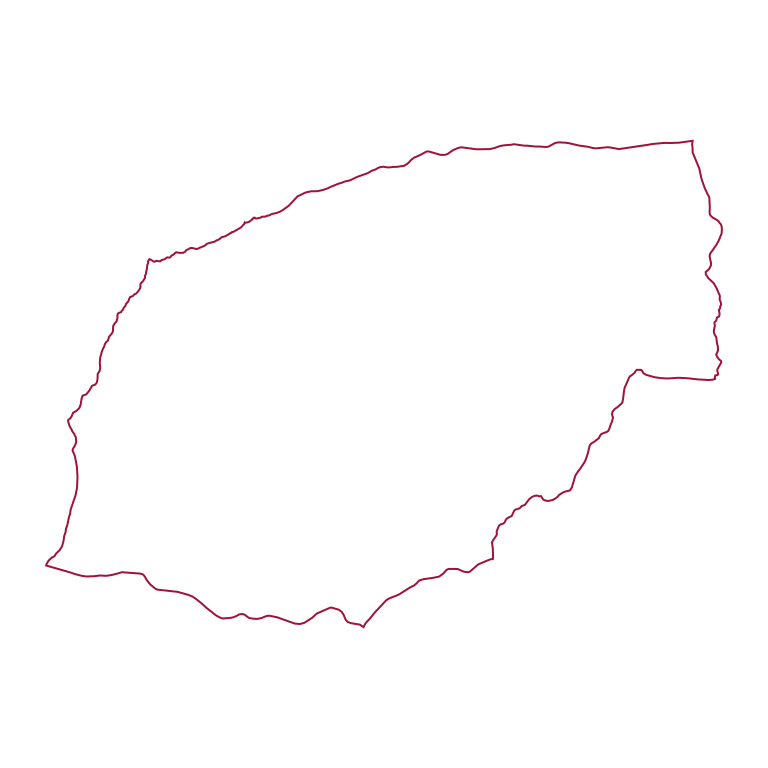 the district of Maubara, Liquica, East Timor
{"feature_id": "22284137B70669575760565", "entity_name": "Maubara", "entity_type": "district", "adm_level": 2, "iso_a3": "TLS", "parent_name": "East Timor", "parent_adm1": "Liquica", "projection": "orthographic", "projection_center": [125.161, -8.678], "detail": "fine", "context": "isolated", "style": "outline", "palette": "rose", "viewbox_px": 768, "rotation_deg": 0, "n_neighbors": 0, "source": "geoboundaries", "source_scale": "gbopen_adm2", "svg_char_len": 6036}
<svg xmlns="http://www.w3.org/2000/svg" viewBox="0 0 768 768"><path d="M363.5,627.2L364.7,624.6L366.2,622.5L370.0,618.5L374.6,612.7L386.2,600.3L389.0,598.5L398.8,594.6L409.8,587.6L414.2,585.4L416.3,583.6L419.4,580.4L423.4,579.2L432.8,577.9L439.1,576.6L443.1,573.7L446.6,569.8L448.7,568.9L457.7,569.0L463.2,571.5L465.8,572.0L468.4,572.2L470.0,571.5L478.4,564.3L486.6,560.8L490.9,559.2L492.8,559.1L493.1,556.8L492.8,548.6L492.0,542.7L492.6,541.0L496.6,535.2L496.9,533.5L496.6,531.9L497.8,528.4L499.2,525.4L500.2,524.6L502.8,523.7L504.0,523.0L505.1,521.7L505.5,520.4L506.5,518.9L508.2,517.7L511.7,516.0L514.2,510.7L515.4,509.6L519.6,508.3L521.6,506.1L524.9,504.9L528.9,499.5L532.0,496.9L534.6,495.9L536.6,495.5L539.8,496.4L541.0,496.1L543.2,499.5L544.9,500.4L547.5,501.0L549.6,500.7L552.8,499.9L555.7,498.3L558.0,496.4L559.0,495.0L562.8,492.6L565.6,491.4L568.1,491.0L570.1,490.2L571.9,487.4L575.3,475.7L578.3,471.0L580.0,469.0L584.2,462.7L585.7,459.7L587.8,453.5L589.4,446.6L590.1,444.9L591.4,443.4L594.0,441.9L598.9,438.1L600.2,435.5L601.2,434.2L603.0,433.3L606.6,432.0L608.1,431.1L609.4,428.6L610.9,424.0L612.2,421.0L613.0,417.5L612.2,415.2L612.1,413.7L612.6,411.5L614.7,409.0L617.0,407.5L621.7,403.4L622.4,402.3L623.1,398.7L624.0,391.0L624.5,388.1L628.9,378.1L629.8,376.5L632.2,374.8L635.0,372.4L635.8,370.7L637.0,369.8L641.3,369.9L642.2,370.9L643.5,373.3L646.3,374.9L654.5,377.2L660.8,378.1L667.4,378.5L678.2,377.8L681.1,377.9L687.2,378.2L697.9,379.4L708.6,380.0L712.8,379.7L715.2,378.8L714.8,377.4L715.3,375.4L717.5,375.1L718.2,373.9L717.4,371.4L717.3,369.5L721.3,362.3L721.0,360.9L718.8,359.2L718.2,358.1L717.4,357.2L716.2,354.6L717.9,350.8L718.0,347.3L716.9,342.8L716.3,337.4L714.2,333.6L713.8,331.3L714.3,328.1L714.9,326.0L714.4,323.1L714.7,322.1L716.3,320.5L716.9,317.6L718.6,316.8L719.3,316.0L719.6,313.6L718.8,309.9L719.7,309.0L720.1,308.0L720.2,306.5L721.1,304.6L720.6,301.6L719.8,300.1L719.6,298.7L719.9,296.8L719.6,294.9L718.8,293.6L716.6,288.2L713.7,283.2L708.4,278.2L705.8,274.4L705.8,271.9L708.8,269.4L710.0,267.4L711.0,265.0L711.1,262.8L710.6,261.3L709.6,256.2L710.0,254.0L716.5,244.6L718.6,240.9L721.6,233.5L721.9,229.6L721.6,226.3L720.8,224.2L719.5,222.8L718.6,221.3L716.7,219.8L712.8,217.7L710.4,215.3L709.9,214.3L709.6,212.5L709.8,207.2L709.3,197.2L707.9,194.8L704.9,188.5L701.6,179.2L699.3,168.6L692.7,152.6L692.5,147.0L692.1,144.7L692.6,140.8L678.9,142.7L670.3,143.0L664.5,142.9L652.2,144.0L648.6,144.7L620.2,148.9L618.5,149.0L609.8,147.4L607.7,147.2L595.7,148.4L592.0,147.8L588.0,146.8L579.3,145.6L568.9,143.2L565.4,142.7L559.8,142.4L557.2,142.5L554.5,143.3L549.3,146.2L547.8,146.8L546.0,147.0L538.7,146.5L535.0,146.5L527.3,145.7L524.6,145.7L513.8,144.2L510.8,144.8L505.3,145.2L501.6,145.7L498.9,146.4L494.9,147.9L489.7,149.1L476.6,149.3L462.3,147.4L460.5,147.4L458.4,147.9L454.9,149.3L452.2,150.7L447.7,153.9L445.9,154.6L444.0,154.9L441.8,154.9L439.9,154.7L429.4,151.6L427.2,151.4L426.0,151.8L419.4,155.4L414.2,157.6L411.3,159.8L408.5,162.8L406.9,164.1L404.0,165.8L396.5,166.9L393.7,166.9L389.4,167.4L386.7,167.3L383.3,166.7L379.9,167.2L377.9,168.0L375.4,169.5L372.0,170.6L367.8,173.1L357.4,176.8L349.9,180.4L344.5,181.6L341.0,183.0L338.2,183.8L330.4,187.0L328.0,188.2L323.4,189.8L317.5,191.2L311.3,191.3L307.6,192.0L305.1,192.7L297.5,196.4L288.8,205.7L282.6,210.2L280.1,211.6L277.2,212.8L271.3,214.2L269.6,215.3L267.5,215.7L265.3,216.6L262.1,216.7L260.9,217.5L257.0,218.5L255.4,218.4L254.8,217.7L254.2,217.6L253.7,218.3L252.8,218.3L252.4,218.7L252.1,219.6L249.0,221.9L245.2,222.9L244.7,222.5L244.1,224.1L240.9,227.5L234.4,231.3L233.5,231.8L231.9,232.1L231.2,232.9L229.5,233.6L229.4,233.9L225.0,236.4L221.5,237.2L220.2,238.6L217.7,240.1L216.4,240.4L215.0,241.5L207.6,243.5L206.6,244.0L205.0,245.5L201.3,247.2L199.5,247.8L198.0,248.7L196.2,249.0L193.7,248.3L191.2,247.9L189.5,248.4L188.4,249.2L186.2,250.1L185.3,251.6L182.9,252.9L179.9,252.9L176.0,252.3L173.1,254.9L171.5,255.5L170.8,256.7L169.8,257.5L169.2,257.6L167.1,257.4L164.4,259.3L161.5,260.1L160.2,261.3L158.1,261.2L156.2,260.8L155.2,261.5L154.3,261.7L153.4,261.4L150.5,259.5L149.6,259.1L148.9,259.6L148.7,260.4L148.0,261.3L148.2,262.8L147.3,265.0L146.7,270.0L146.1,271.8L146.1,273.4L144.9,276.1L145.1,277.7L142.9,281.3L141.2,283.0L140.4,284.2L140.5,287.1L139.4,289.7L136.4,293.4L134.2,294.5L133.0,295.9L130.1,297.1L129.2,298.8L128.3,301.4L125.9,304.0L125.4,306.0L124.0,307.4L122.6,310.1L121.6,311.0L121.1,312.1L118.7,313.0L117.9,313.6L117.4,315.6L117.5,317.5L116.9,320.5L115.8,322.3L114.7,323.4L113.2,326.0L112.9,331.5L111.8,333.6L109.1,336.7L107.8,340.7L106.1,342.2L104.9,344.0L104.1,346.8L102.9,348.9L101.6,352.3L101.2,354.6L100.3,356.9L99.8,362.0L100.2,368.2L99.5,371.1L97.7,373.9L97.5,379.4L96.8,382.6L96.0,383.7L94.8,384.8L92.5,385.6L91.9,386.0L89.1,390.9L86.2,394.4L82.6,395.6L81.5,399.0L80.8,404.0L79.8,407.1L79.0,408.4L77.0,410.4L75.2,411.6L73.1,412.7L71.7,416.2L70.8,417.7L70.0,418.6L68.6,419.6L68.1,420.3L68.1,421.3L69.7,426.4L71.7,429.8L72.3,431.4L74.3,433.9L74.6,435.1L75.8,437.1L75.9,438.0L76.2,441.6L76.0,442.7L75.2,445.0L72.9,448.9L72.6,450.4L72.6,450.9L74.1,454.0L75.0,456.7L76.9,466.7L77.5,477.1L77.0,488.1L75.5,495.4L70.6,509.8L70.0,514.3L69.0,516.9L67.1,526.0L66.0,528.6L65.6,532.0L64.1,536.3L63.6,540.5L62.1,546.3L59.5,550.3L56.3,553.3L54.7,555.8L54.0,556.5L51.8,557.6L48.6,560.6L46.6,563.9L46.1,565.5L69.8,572.3L75.2,574.1L80.8,575.6L86.4,576.5L94.3,576.2L99.7,575.5L106.2,575.8L111.2,575.1L117.7,573.5L121.9,572.2L140.3,573.6L143.1,574.5L144.7,576.4L146.8,580.1L150.4,584.6L155.4,588.7L157.4,589.6L177.8,591.9L188.4,594.9L192.7,596.7L196.2,599.1L201.5,603.3L206.3,607.7L216.0,615.4L220.3,617.7L222.8,618.5L231.0,617.8L233.6,617.2L236.3,616.1L238.8,614.6L240.6,614.1L242.8,614.1L244.8,614.8L248.3,617.5L249.7,618.2L255.6,618.9L257.6,618.9L261.7,618.0L264.9,616.6L268.0,615.7L270.4,615.9L277.1,617.3L294.9,623.6L300.0,624.0L304.4,622.8L312.3,617.7L316.7,613.6L330.1,607.7L331.6,607.6L339.0,609.8L341.8,612.0L343.7,615.0L345.6,619.5L347.5,621.9L351.1,623.2L359.9,624.6L363.5,627.2Z" fill="none" stroke="#9f1239" stroke-width="2"/></svg>